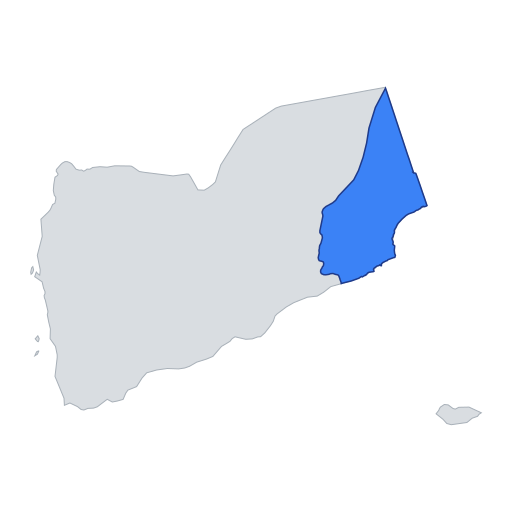 Al Mahrah on a map of Yemen (Equal Earth projection)
{"feature_id": "YEM-332", "entity_name": "Al Mahrah", "entity_type": "Governorate", "adm_level": 1, "iso_a3": "YEM", "parent_name": "Yemen", "parent_adm1": "", "projection": "equal_earth", "projection_center": [51.606, 17.039], "detail": "fine", "context": "in_parent", "style": "filled", "palette": "blue", "viewbox_px": 512, "rotation_deg": 0, "n_neighbors": 0, "source": "natural_earth", "source_scale": "10m", "svg_char_len": 5245}
<svg xmlns="http://www.w3.org/2000/svg" viewBox="0 0 512 512"><path d="M426.9,205.3L408.0,214.2L403.0,218.2L398.5,223.2L395.1,229.3L392.7,240.2L394.5,250.1L394.4,255.4L389.5,258.9L384.9,261.4L379.8,265.3L376.8,266.3L374.2,269.3L371.3,271.5L360.7,277.1L349.2,281.4L330.8,286.6L323.7,292.2L317.2,296.1L307.4,297.2L293.9,302.6L286.4,306.9L277.1,313.9L275.0,316.1L273.3,321.2L270.5,325.6L264.8,332.9L260.6,336.7L257.8,336.9L252.3,338.9L245.8,339.3L235.0,336.8L232.2,338.6L229.9,341.4L221.5,346.4L212.9,356.4L206.7,359.0L196.6,362.2L189.5,366.3L184.7,368.0L178.6,368.9L167.3,368.5L156.6,370.0L146.7,372.8L142.0,378.1L136.6,386.6L127.9,390.1L125.8,393.1L123.1,399.4L117.4,401.0L112.3,402.0L107.2,399.3L97.3,406.8L93.6,408.1L87.9,408.4L83.9,410.0L81.1,409.5L77.5,406.6L69.9,403.0L64.4,405.3L64.0,398.2L55.0,376.4L57.2,357.5L57.2,354.8L55.5,346.4L50.1,338.7L50.4,328.9L48.7,321.9L47.3,314.7L47.8,312.8L47.9,311.1L45.3,300.0L44.4,297.8L44.1,295.5L45.0,293.7L45.0,291.6L43.6,288.2L42.1,281.8L34.7,276.7L36.3,272.0L37.7,273.7L39.7,275.1L40.1,272.0L40.2,269.7L37.3,255.4L42.2,236.4L40.9,219.2L48.1,212.3L49.9,210.2L50.9,208.4L52.6,204.5L54.9,203.2L55.8,199.1L55.7,197.0L54.3,195.3L53.3,190.5L53.8,184.4L54.2,181.9L55.0,177.2L57.5,175.5L58.1,174.1L56.2,171.2L56.4,169.5L60.7,164.6L62.3,163.1L65.0,161.6L67.1,161.6L69.6,162.5L71.7,163.8L73.8,166.3L76.0,169.2L79.4,170.2L81.7,170.0L83.6,171.2L85.2,170.5L87.0,169.1L89.9,169.2L92.6,167.5L100.0,166.7L107.2,167.2L114.7,165.8L122.2,165.9L129.7,166.0L131.4,166.2L133.0,167.1L139.3,171.5L144.1,172.3L153.8,173.5L164.2,174.8L173.1,175.9L180.7,174.9L187.0,174.0L188.7,174.2L190.6,176.9L194.4,183.6L197.9,189.9L204.2,190.2L208.2,187.9L212.7,184.5L215.4,181.9L218.6,171.6L220.7,165.0L225.4,157.5L229.4,151.3L234.6,143.0L237.4,138.4L243.1,129.4L248.5,125.9L258.9,119.1L269.1,112.4L275.7,108.1L281.3,106.1L290.8,104.4L301.9,102.4L312.9,100.4L324.7,98.3L337.9,95.9L346.9,94.3L358.4,92.2L368.0,90.4L376.5,88.9L385.2,87.3L386.9,92.3L388.5,97.3L390.2,102.3L391.9,107.3L393.5,112.4L395.2,117.4L396.8,122.4L398.5,127.4L400.2,132.4L401.8,137.4L403.5,142.4L405.1,147.4L406.8,152.5L408.5,157.5L410.1,162.5L411.8,167.5L413.4,172.4L416.1,174.1L417.7,178.7L420.0,185.3L422.3,192.0L424.6,198.6L426.9,205.3ZM453.0,408.5L455.3,409.1L458.8,407.3L469.0,407.1L481.3,412.8L479.0,414.3L477.6,416.3L472.2,418.2L466.9,422.5L451.3,424.7L446.8,423.5L443.0,419.3L436.1,413.8L438.8,410.3L439.4,408.7L440.4,407.1L444.3,404.5L448.2,404.9L453.0,408.5ZM38.7,340.7L38.2,341.7L37.5,341.5L35.2,338.8L37.8,335.8L39.2,338.6L38.7,340.7ZM32.3,273.2L31.1,274.3L30.7,272.3L31.6,267.9L32.8,266.6L33.6,269.9L33.0,271.7L32.3,273.2ZM37.4,354.2L34.8,355.8L36.6,351.8L38.4,350.9L38.8,351.1L37.4,354.2Z" fill="#d9dde1" stroke="#a8b0b8" stroke-width="1"/><path d="M385.5,88.2L386.6,91.3L388.2,96.2L389.8,101.0L391.4,105.8L393.0,110.7L394.6,115.5L396.2,120.4L397.8,125.2L399.4,130.1L401.0,134.9L402.6,139.7L404.2,144.6L405.8,149.4L407.4,154.3L409.1,159.1L410.7,164.0L412.3,168.9L413.5,172.5L413.4,172.5L413.2,172.5L413.7,173.0L415.1,173.1L415.8,173.4L416.1,174.1L417.6,178.3L420.0,185.1L422.3,191.9L424.7,198.8L427.0,205.6L426.3,206.1L424.5,206.7L423.1,206.3L422.7,206.8L422.2,206.9L421.8,206.9L421.4,207.2L420.7,208.1L420.3,208.6L419.4,208.9L418.1,209.9L416.5,210.3L415.8,210.7L414.4,211.8L413.8,212.1L408.6,213.9L406.1,215.4L401.9,219.2L398.1,223.3L397.2,224.7L396.7,225.7L396.0,227.4L394.8,229.3L394.5,229.9L394.3,230.5L394.3,231.0L394.4,231.6L394.5,232.1L394.3,233.2L393.5,234.4L393.1,236.5L392.2,237.9L392.0,238.8L392.3,239.8L392.8,240.9L393.2,242.1L392.8,244.1L393.4,244.9L394.6,245.7L394.7,246.5L394.3,250.1L394.5,252.3L394.9,254.4L395.2,254.7L395.3,255.0L395.4,255.3L395.4,255.6L395.2,256.0L395.1,256.3L395.1,256.7L395.0,257.1L394.8,257.4L394.5,257.5L393.7,257.6L388.0,259.7L387.7,260.0L387.4,260.4L387.2,260.6L386.8,260.8L386.3,260.8L385.9,261.0L382.9,262.5L381.5,263.7L381.5,264.8L381.5,265.0L381.4,265.1L381.2,265.1L381.3,265.7L381.1,265.8L380.9,265.6L380.7,265.5L380.4,265.3L380.1,264.9L379.8,264.8L379.3,265.3L379.0,265.5L377.1,266.0L374.2,268.1L373.7,268.7L373.5,269.4L373.7,270.4L374.0,271.0L374.0,271.3L373.2,271.7L369.3,272.2L368.5,272.5L367.9,272.9L367.3,273.4L366.4,274.8L365.7,274.9L365.4,275.0L365.3,275.4L364.9,275.4L363.0,276.5L362.4,276.9L361.5,276.5L360.4,277.1L359.4,277.9L358.7,278.3L351.2,281.0L343.0,283.0L341.2,283.6L341.1,283.3L341.1,282.3L340.8,281.6L340.5,280.7L340.1,279.8L339.8,278.5L339.4,277.6L339.1,276.6L338.4,275.3L337.5,274.8L335.5,274.4L333.0,273.5L330.4,273.7L329.6,274.1L328.6,274.4L325.7,274.8L323.8,274.7L321.5,273.7L320.9,272.8L320.6,271.9L320.6,271.0L320.7,270.1L321.2,269.2L321.8,268.3L322.5,266.7L323.1,266.1L323.5,265.3L323.7,263.3L323.4,262.3L323.1,261.8L321.5,261.2L320.4,261.0L319.2,260.6L318.6,259.5L318.2,257.7L318.6,255.7L318.9,254.4L319.2,253.4L319.2,252.4L319.0,251.2L319.0,249.9L319.4,248.4L319.4,247.2L319.7,245.4L320.3,244.5L321.0,243.0L322.4,237.9L322.2,236.1L321.8,234.8L321.0,234.2L320.4,233.5L319.9,232.5L319.9,230.6L322.9,216.0L322.6,214.2L322.2,213.1L322.1,212.0L322.8,210.0L323.5,208.7L324.5,207.8L326.0,206.5L332.6,202.9L335.7,200.3L338.6,195.9L353.7,179.9L358.5,170.5L363.1,157.3L366.6,143.1L369.0,128.0L375.4,107.4L385.5,88.2L385.5,88.2Z" fill="#3b82f6" stroke="#1e3a8a" stroke-width="1.5"/></svg>